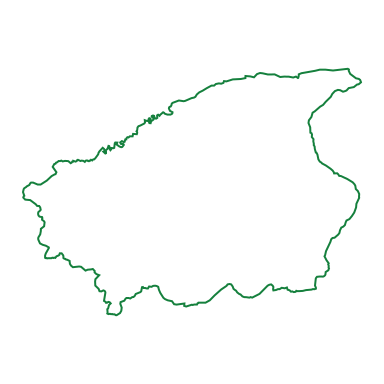 Muse, Shan, Myanmar (Mercator projection)
{"feature_id": "60261553B93917356889079", "entity_name": "Muse", "entity_type": "district", "adm_level": 2, "iso_a3": "MMR", "parent_name": "Myanmar", "parent_adm1": "Shan", "projection": "mercator", "projection_center": [97.913, 23.713], "detail": "fine", "context": "isolated", "style": "outline", "palette": "green", "viewbox_px": 384, "rotation_deg": 0, "n_neighbors": 0, "source": "geoboundaries", "source_scale": "gbopen_adm2", "svg_char_len": 5931}
<svg xmlns="http://www.w3.org/2000/svg" viewBox="0 0 384 384"><path d="M23.3,197.6L25.2,199.6L30.2,200.1L35.8,204.3L37.1,205.9L39.2,206.0L40.2,207.4L40.7,209.8L39.8,210.9L38.5,211.9L38.2,212.7L38.1,214.0L38.5,215.5L39.5,216.6L42.1,217.1L42.4,218.2L42.0,218.9L42.1,219.8L43.8,221.0L44.6,222.2L44.1,226.3L40.9,228.8L40.8,231.2L40.2,234.4L38.5,237.2L38.2,238.1L38.3,239.6L40.0,243.4L42.7,244.8L45.8,245.7L48.8,247.4L48.9,247.9L45.8,253.4L45.1,255.5L45.1,257.8L45.5,258.1L46.4,258.0L47.1,258.4L47.9,258.2L51.4,258.2L52.3,257.7L53.5,258.0L54.2,257.6L55.3,257.9L56.5,256.3L58.5,255.5L59.3,254.9L59.8,253.3L61.6,253.3L63.1,255.2L63.4,256.1L63.4,258.0L64.4,258.8L65.4,258.9L66.1,259.6L67.1,259.7L69.6,260.9L69.9,263.8L71.0,265.6L72.9,267.2L79.1,266.5L81.1,266.8L85.5,270.6L87.7,269.7L91.1,269.4L92.8,269.0L94.7,271.0L94.6,272.4L96.4,274.1L99.2,275.2L95.4,279.2L95.1,281.6L95.3,285.6L98.6,288.8L99.5,291.2L101.4,291.4L103.3,290.4L104.4,290.8L105.1,291.5L105.4,292.6L104.0,300.9L105.9,302.1L106.1,302.8L107.1,302.7L108.3,301.9L109.6,302.2L110.7,303.4L109.0,305.1L108.1,308.5L107.3,309.2L107.6,312.6L107.3,313.5L108.4,314.1L110.0,313.8L111.1,314.2L112.2,314.0L112.8,314.3L114.6,314.3L115.6,315.1L116.6,315.2L120.0,313.1L121.3,310.8L121.7,307.6L120.3,303.8L120.6,302.1L124.3,300.7L125.4,298.9L126.4,298.0L128.7,298.0L130.2,298.5L132.3,297.1L133.5,297.0L134.8,295.8L135.7,294.0L140.4,292.1L141.2,291.3L142.0,287.2L142.9,287.0L143.6,288.0L145.3,288.0L146.3,288.4L147.9,288.5L149.1,286.5L151.6,286.8L153.1,285.9L155.1,285.7L156.6,286.0L158.2,286.8L158.9,289.7L160.3,292.9L163.4,297.8L165.0,299.1L167.7,300.3L172.0,301.2L174.1,304.2L176.6,304.6L184.4,303.5L184.2,305.9L186.2,306.5L191.9,304.7L192.7,305.0L194.3,304.5L197.0,304.5L197.6,303.3L198.3,303.1L198.5,302.7L205.5,302.7L209.8,300.3L214.6,295.4L221.2,289.5L226.5,285.9L227.6,284.4L229.6,284.0L231.2,284.4L232.7,286.5L233.5,288.8L234.7,289.8L236.1,290.7L237.2,292.4L239.4,294.1L240.5,294.4L242.4,296.4L244.2,297.1L246.5,297.2L248.4,297.5L249.6,297.6L250.6,297.1L252.2,297.6L259.5,293.9L267.6,285.7L269.2,284.8L271.1,284.4L272.7,285.7L273.4,287.0L273.1,289.1L273.4,290.4L276.0,290.0L278.1,289.1L279.7,289.1L281.7,287.8L284.8,288.3L286.9,287.5L287.6,289.7L289.6,290.3L291.0,291.7L292.3,291.4L293.8,292.1L295.6,291.8L296.3,290.8L297.1,291.1L299.7,291.1L302.8,290.9L306.0,290.1L311.5,289.6L312.9,289.1L314.5,289.2L315.9,288.7L315.9,287.7L315.0,285.6L315.8,278.5L316.1,277.9L317.0,276.8L320.0,276.5L323.1,276.6L324.2,276.1L325.1,275.2L325.4,274.6L325.7,272.0L328.3,270.3L329.0,268.3L328.6,267.7L328.7,265.7L328.2,264.3L328.7,263.3L326.5,260.2L324.5,256.3L325.1,255.2L326.0,251.2L330.4,241.9L331.2,239.3L332.5,238.0L334.6,237.7L338.2,234.6L339.4,233.0L340.0,230.3L341.3,227.6L343.3,226.6L344.9,225.1L345.7,222.3L346.5,220.5L349.4,219.1L351.8,216.2L354.2,212.6L356.1,207.4L356.4,203.8L359.2,197.8L359.0,197.1L359.2,194.0L357.9,191.1L355.8,189.0L355.3,185.7L354.5,184.3L352.7,182.3L347.3,179.0L340.8,176.0L339.2,175.9L338.3,174.4L337.2,173.3L334.1,173.4L333.9,172.4L332.7,170.6L330.5,168.7L325.9,165.5L322.0,163.4L321.4,162.6L319.8,161.6L318.4,159.4L317.4,154.5L316.4,152.6L315.8,152.5L314.8,148.8L314.6,146.5L313.7,145.0L313.9,144.1L313.3,141.2L313.5,139.2L311.8,137.0L312.0,134.5L311.5,133.2L310.4,132.7L310.2,127.3L308.5,123.0L308.9,120.3L311.4,117.0L312.6,112.7L314.7,111.4L320.2,106.6L323.1,104.9L325.6,101.9L330.8,96.8L332.3,93.9L334.9,91.1L337.9,89.9L340.2,90.2L343.0,91.7L345.1,91.1L346.5,90.5L348.7,88.1L353.8,87.1L357.1,84.5L358.5,84.3L359.0,84.0L361.0,82.3L360.9,81.9L360.1,79.9L358.8,78.9L356.0,78.3L350.2,73.9L348.7,70.7L348.9,69.5L347.8,68.8L333.0,70.5L325.7,69.7L319.7,69.7L315.1,70.8L301.5,73.2L298.8,74.3L298.7,76.1L298.2,77.9L297.9,78.0L296.0,76.6L293.2,77.5L288.8,76.7L284.2,76.6L280.2,77.0L274.7,74.4L268.0,74.5L262.6,73.3L260.0,73.0L257.0,74.1L254.0,77.3L250.3,76.4L245.5,76.0L245.4,78.1L240.8,79.0L232.8,79.4L226.4,81.4L224.0,81.1L223.4,82.9L221.2,83.7L218.9,83.4L215.9,84.0L214.1,85.6L211.5,85.6L206.7,88.2L202.8,90.6L199.2,92.4L196.8,94.5L195.4,96.8L194.0,97.6L191.6,98.1L185.1,100.9L183.6,101.2L178.9,100.5L172.5,102.9L171.7,103.8L171.4,105.3L170.7,106.5L169.5,106.9L169.0,107.7L168.9,108.5L170.0,110.9L172.5,112.2L172.4,113.2L171.9,113.9L170.5,114.6L167.4,114.6L165.9,114.1L164.6,113.6L164.1,112.8L163.1,112.3L160.2,114.8L159.5,115.8L158.1,114.7L157.1,115.4L157.3,117.9L156.3,118.6L155.2,118.5L154.3,117.0L154.1,115.9L153.0,115.5L151.8,116.0L151.7,116.7L153.2,118.0L153.7,118.8L153.4,119.6L152.3,120.5L151.2,121.0L150.6,123.2L149.4,123.1L149.0,122.1L150.6,119.1L149.7,118.2L149.1,118.3L148.5,119.3L148.5,120.6L148.0,121.0L146.7,120.9L144.8,120.2L145.0,122.5L144.3,123.5L140.2,125.6L138.5,126.2L137.5,127.5L137.2,130.1L136.5,131.3L137.1,131.9L137.2,132.9L136.8,134.2L133.1,133.9L132.6,136.3L129.8,136.3L128.5,137.5L127.4,137.2L126.4,138.4L126.3,139.4L125.3,139.4L124.6,141.8L123.9,142.0L121.9,141.1L120.2,142.4L120.8,143.8L121.8,144.0L122.9,143.8L123.6,144.3L123.8,144.9L122.3,146.9L121.2,147.2L119.4,146.5L116.6,144.5L117.3,142.6L115.3,142.5L114.8,143.2L114.2,147.9L113.5,148.2L111.4,148.0L111.2,149.3L110.4,150.2L109.3,148.3L109.5,147.2L109.2,146.1L108.5,145.9L107.5,148.8L105.6,150.5L106.0,151.5L106.0,153.2L105.3,153.5L103.3,151.6L104.9,150.7L104.0,148.9L102.7,147.8L99.4,151.4L98.5,152.9L98.2,154.3L95.2,158.4L94.1,159.4L93.6,159.3L92.8,159.7L92.3,160.4L91.0,159.8L90.4,160.6L89.4,160.6L89.1,161.1L88.2,161.1L87.0,160.4L85.7,160.7L84.8,161.9L83.4,160.9L81.7,160.6L80.5,161.0L77.9,159.8L77.1,160.2L76.7,161.1L75.5,161.6L73.2,160.8L73.0,161.7L72.2,161.7L71.8,162.5L70.7,163.2L68.4,161.2L68.0,161.1L65.0,160.9L62.7,161.4L61.3,160.6L60.0,161.1L58.7,161.0L57.1,162.3L56.0,162.7L55.5,163.7L54.3,164.0L52.7,166.9L56.4,172.2L55.5,174.2L54.8,174.3L51.6,176.1L46.8,180.6L40.7,184.5L37.6,184.5L33.1,182.6L31.0,182.6L30.3,183.2L29.3,185.0L26.7,186.4L26.2,187.0L24.3,188.2L23.7,189.1L23.0,192.1L24.3,195.8L23.6,196.4L23.3,197.6Z" fill="none" stroke="#15803d" stroke-width="2"/></svg>